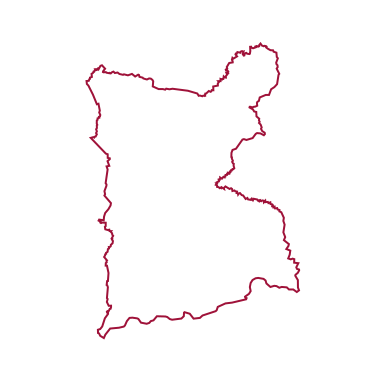 outline of Wang Sombun, Sa Kaeo, Thailand, rotated 277°
{"feature_id": "78962969B89607017524872", "entity_name": "Wang Sombun", "entity_type": "district", "adm_level": 2, "iso_a3": "THA", "parent_name": "Thailand", "parent_adm1": "Sa Kaeo", "projection": "orthographic", "projection_center": [102.173, 13.36], "detail": "fine", "context": "isolated", "style": "outline", "palette": "rose", "viewbox_px": 384, "rotation_deg": 277, "n_neighbors": 0, "source": "geoboundaries", "source_scale": "gbopen_adm2", "svg_char_len": 6044}
<svg xmlns="http://www.w3.org/2000/svg" viewBox="0 0 384 384"><g transform="rotate(277 192 192)"><path d="M107.4,310.2L110.1,308.8L117.5,307.8L121.5,304.7L122.4,304.8L124.7,306.9L127.3,307.9L128.1,307.7L128.5,305.5L130.0,304.7L134.3,306.2L134.3,302.0L137.8,301.7L138.1,300.0L137.2,298.2L137.8,295.6L141.6,296.6L145.8,296.7L146.9,292.6L150.2,294.3L152.1,294.5L155.4,289.1L158.6,290.0L163.1,287.6L170.9,287.9L174.4,286.2L177.6,286.3L182.8,283.1L183.4,281.1L184.8,281.0L185.1,279.1L186.4,278.5L185.8,276.4L186.6,275.9L186.6,275.0L187.6,275.5L187.6,273.3L188.3,273.3L188.3,274.0L188.9,273.8L189.5,273.2L189.6,271.4L191.3,271.0L190.3,269.2L191.4,268.5L190.9,266.2L192.3,265.8L190.6,264.6L192.1,264.2L192.2,262.7L191.3,261.8L191.7,260.8L190.8,260.0L191.1,259.5L192.1,259.9L191.6,258.3L192.5,257.7L192.8,254.1L191.2,253.5L192.8,252.1L192.2,251.6L191.6,252.2L191.3,251.6L191.5,248.5L192.8,247.7L191.6,246.1L194.8,243.2L195.0,241.7L196.8,239.7L196.4,238.8L195.1,238.1L196.3,237.7L196.4,236.4L197.9,236.6L198.0,234.8L198.7,234.0L197.9,232.0L199.9,231.4L200.5,230.3L199.6,228.9L201.6,224.5L199.8,223.1L199.0,223.4L200.3,220.8L199.4,220.5L199.8,219.7L199.2,219.0L200.1,217.7L200.1,216.3L201.6,216.1L202.0,214.8L203.1,215.5L203.7,214.9L204.0,215.8L204.7,215.5L205.8,217.4L206.6,217.2L207.2,217.8L207.8,217.1L208.5,218.4L209.8,218.2L208.9,220.1L210.7,221.2L210.5,222.5L211.4,222.4L211.5,223.2L213.0,223.2L213.3,224.7L214.4,224.6L214.5,225.7L215.3,225.5L214.9,226.8L216.0,226.8L216.0,227.5L216.7,227.9L217.3,227.4L218.4,228.1L218.3,228.9L219.7,229.4L219.6,230.2L220.7,231.1L223.1,230.1L225.1,230.0L225.4,229.2L226.8,228.2L227.9,228.8L230.0,227.5L231.3,227.4L231.5,226.8L235.7,226.4L238.7,227.1L240.3,230.4L250.2,235.7L250.8,237.1L250.3,239.7L252.9,245.6L257.5,248.2L258.4,249.4L258.5,252.8L257.1,256.4L258.4,257.3L259.7,256.9L261.0,254.3L263.1,252.8L264.6,253.3L267.3,251.9L268.7,250.1L269.9,250.6L271.3,249.7L272.9,249.8L274.9,246.8L279.3,246.0L279.5,243.9L281.4,242.4L282.9,238.8L283.6,238.9L283.7,239.8L283.2,241.8L283.9,242.4L284.5,244.5L285.6,246.2L288.4,245.6L289.4,245.9L290.6,247.3L294.1,247.7L297.3,253.3L297.7,256.6L303.6,258.0L306.2,261.0L309.4,263.3L318.8,263.6L319.9,264.2L324.8,261.0L326.4,261.8L328.2,261.4L329.3,260.2L330.7,259.8L335.2,260.9L336.4,259.7L340.6,258.8L341.2,255.9L342.5,255.2L342.3,252.6L343.5,249.7L344.5,248.0L345.4,248.3L345.8,247.7L345.9,246.0L345.4,245.5L345.9,243.5L347.7,241.9L346.0,240.8L344.9,240.9L344.4,240.2L344.8,238.4L344.2,237.3L343.5,237.9L342.1,235.1L342.5,233.3L343.4,233.0L343.2,232.0L339.0,232.7L336.3,232.6L335.9,232.1L336.0,229.8L336.7,229.0L336.4,228.2L335.9,227.6L333.9,227.3L333.7,226.7L335.0,225.6L337.5,226.0L337.2,225.5L337.9,225.0L337.8,224.1L337.2,223.2L336.1,223.1L336.4,220.0L334.7,219.5L334.7,218.6L333.8,218.4L332.1,220.2L329.4,216.8L330.1,215.8L328.1,215.5L326.8,216.4L325.6,216.6L324.6,213.2L320.3,211.3L318.9,211.9L317.6,210.6L316.8,211.0L317.2,212.1L316.1,213.2L315.3,212.5L314.4,213.5L313.8,213.1L314.0,211.9L312.9,212.6L311.0,211.4L309.7,211.7L309.7,210.4L310.5,209.4L308.0,209.3L307.8,208.1L307.3,208.0L307.7,206.5L305.5,206.8L305.2,204.5L304.4,205.3L302.9,204.4L300.8,204.7L299.3,200.2L295.6,200.8L295.5,199.2L294.2,198.9L293.7,198.2L294.3,196.4L291.4,194.0L291.3,193.2L289.9,193.0L288.3,193.7L289.0,193.1L289.0,191.4L288.3,190.6L288.7,188.1L288.3,186.9L290.4,185.3L292.0,175.6L292.1,160.1L291.2,157.1L291.4,153.8L290.3,152.9L290.6,150.7L290.1,146.3L292.0,140.2L297.2,140.0L298.5,139.0L299.5,137.3L299.5,135.6L298.2,133.6L298.4,132.0L298.8,129.8L299.5,129.1L299.9,125.8L301.6,125.2L301.9,124.3L299.7,121.5L301.9,118.0L300.0,114.2L300.5,110.1L299.9,109.3L300.3,105.6L301.5,103.6L300.7,100.9L301.9,99.4L301.3,98.2L299.8,96.9L300.2,95.9L299.8,95.6L300.0,92.5L300.5,91.9L300.0,89.6L300.2,89.0L300.9,89.0L303.8,90.7L306.8,87.2L306.1,85.8L302.4,84.3L303.2,83.6L302.4,83.0L302.1,81.2L301.3,82.0L300.9,80.6L299.5,80.3L299.5,79.6L298.1,79.2L297.0,77.9L294.0,78.6L293.1,76.8L291.8,76.9L291.4,76.3L289.8,76.0L289.3,73.8L286.4,74.5L285.0,76.2L276.6,81.8L267.5,86.9L268.2,88.4L261.5,90.6L259.6,90.2L257.3,91.6L255.8,91.4L255.3,90.5L254.4,90.9L253.6,89.3L252.2,89.5L251.5,88.8L248.4,89.1L247.1,89.8L246.6,89.4L243.9,89.8L242.6,89.2L240.6,90.2L238.8,89.6L237.7,90.5L235.3,89.6L235.0,88.6L234.1,88.3L234.4,87.3L233.4,84.9L219.6,101.8L219.2,103.7L215.6,104.2L215.4,106.3L214.6,106.4L212.3,104.4L207.9,106.7L207.0,104.1L204.1,105.5L190.2,105.2L189.1,106.2L187.7,106.3L182.2,105.0L179.2,106.0L177.8,105.5L171.1,112.9L168.7,112.8L164.7,111.1L160.6,108.4L156.8,107.7L153.2,107.8L153.3,103.2L152.2,102.8L151.2,105.3L150.8,105.6L150.3,105.1L150.1,105.5L150.7,106.7L151.0,110.1L147.6,110.5L146.8,109.8L144.4,110.5L144.0,113.1L144.5,114.5L143.2,114.9L143.3,116.5L142.7,116.1L141.3,117.7L139.8,118.1L138.9,119.1L136.1,117.9L135.7,118.6L135.1,118.3L133.7,119.5L131.4,119.4L129.7,117.9L128.2,117.9L127.2,116.9L127.2,116.2L125.8,116.5L125.1,115.5L122.4,115.5L121.1,114.1L120.2,114.3L119.5,113.4L118.5,113.5L116.8,112.7L113.8,115.9L113.4,115.5L111.8,115.9L111.0,115.1L108.4,115.3L108.5,116.6L101.4,119.0L93.4,119.4L93.2,118.6L89.3,118.6L89.1,119.2L87.3,120.1L76.3,120.5L75.5,121.3L72.5,120.9L68.9,123.2L69.3,125.5L67.9,125.7L66.2,125.4L66.0,124.6L63.6,123.8L63.2,123.3L63.5,122.6L62.8,122.1L61.9,122.5L61.8,123.4L60.7,123.5L56.0,120.9L47.6,119.3L44.8,117.6L43.8,115.4L40.6,115.9L40.3,117.0L38.1,118.4L36.3,122.3L39.9,123.4L46.5,127.4L48.4,136.1L50.1,140.7L51.3,141.7L55.9,143.1L59.4,145.3L60.0,148.1L59.9,152.9L59.5,154.2L56.1,157.3L55.7,163.1L56.9,165.6L58.8,166.8L59.9,169.4L64.4,172.3L65.2,180.7L64.9,182.7L63.2,185.4L62.8,187.8L65.1,196.9L67.7,199.0L71.3,198.8L71.8,199.2L70.9,204.6L66.5,209.0L68.0,215.2L70.7,217.5L76.6,230.0L77.7,230.9L81.1,231.6L85.5,238.8L87.1,245.3L92.1,258.8L93.3,259.1L93.8,257.7L94.6,257.4L97.9,261.0L100.8,262.3L104.7,261.0L108.8,261.3L112.0,262.8L114.1,265.6L114.8,268.2L114.5,273.6L113.1,275.8L110.3,277.0L107.3,281.4L108.9,285.1L108.9,287.4L107.6,290.3L108.7,292.6L108.9,297.7L107.1,300.1L107.6,304.4L105.5,308.2L107.4,310.2Z" fill="none" stroke="#9f1239" stroke-width="2"/></g></svg>